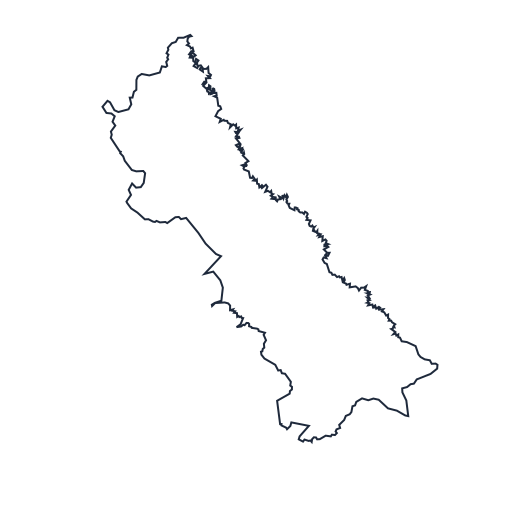 Jericho & Al Aghwar, West Bank, Palestine (Robinson projection), rotated 322°
{"feature_id": "87354302B18647900198549", "entity_name": "Jericho & Al Aghwar", "entity_type": "district", "adm_level": 2, "iso_a3": "PSE", "parent_name": "Palestine", "parent_adm1": "West Bank", "projection": "robinson", "projection_center": [35.498, 31.968], "detail": "fine", "context": "isolated", "style": "outline", "palette": "slate", "viewbox_px": 512, "rotation_deg": 322, "n_neighbors": 0, "source": "geoboundaries", "source_scale": "gbopen_adm2", "svg_char_len": 6046}
<svg xmlns="http://www.w3.org/2000/svg" viewBox="0 0 512 512"><g transform="rotate(322 256 256)"><path d="M340.3,41.3L333.3,39.4L329.0,36.1L324.5,37.9L320.7,36.5L314.8,37.6L313.9,39.5L310.3,41.2L311.0,43.4L308.1,45.1L307.9,46.9L304.7,47.8L303.1,51.5L301.2,51.5L298.6,48.6L293.2,52.2L283.1,48.0L278.0,42.2L273.3,41.8L270.2,43.6L264.0,51.4L260.9,51.4L256.2,55.1L254.0,53.5L251.1,59.7L245.8,61.9L236.2,57.8L234.2,54.0L235.6,45.0L234.5,42.3L226.9,43.9L226.2,51.2L229.8,54.7L230.7,58.9L225.6,61.9L225.4,66.6L218.3,68.6L217.0,71.6L214.3,73.5L213.0,89.8L213.6,90.6L212.3,91.3L212.7,95.7L211.2,100.2L211.1,111.8L213.8,115.6L219.5,119.6L219.6,122.5L212.5,129.3L207.6,130.8L203.6,128.3L203.0,122.6L196.4,125.5L195.1,130.9L187.4,133.4L187.1,134.9L186.9,141.6L189.3,148.8L191.0,158.7L193.9,160.8L196.0,165.5L197.4,167.0L199.2,167.1L201.0,170.4L205.5,173.4L206.3,175.4L216.3,175.8L219.2,177.7L219.6,180.8L224.4,183.0L224.8,202.3L223.9,215.2L225.7,229.8L228.3,234.6L204.4,238.4L212.7,242.0L212.9,253.2L210.4,260.5L201.2,269.9L194.8,267.6L191.2,267.2L190.6,268.4L194.8,267.9L202.7,273.3L204.9,276.2L205.1,279.1L202.2,282.7L205.0,283.9L203.5,284.4L205.5,286.7L203.7,287.2L205.8,289.3L203.7,292.4L205.4,292.6L205.3,293.9L207.1,294.5L206.6,296.0L207.6,297.0L201.8,300.3L196.9,300.1L200.9,302.4L203.6,302.3L204.4,303.5L207.3,302.9L208.6,304.0L208.8,305.3L207.3,307.1L208.7,309.1L208.4,310.0L212.1,313.9L212.7,315.2L211.9,316.8L215.8,322.0L213.5,322.8L212.0,328.6L208.2,330.0L206.1,333.3L204.1,333.4L202.3,335.0L201.0,334.5L199.5,337.1L199.5,342.0L204.2,353.6L203.0,359.9L205.2,361.1L204.2,364.3L206.4,366.7L206.0,376.6L203.2,379.2L203.8,381.2L202.1,383.3L199.6,383.3L197.8,385.2L183.5,383.1L171.5,403.3L172.6,404.1L171.7,405.1L174.1,409.9L173.8,411.6L178.4,411.1L181.4,408.9L193.1,422.4L179.3,425.0L176.8,426.8L178.8,431.2L181.2,430.5L183.7,434.2L185.3,434.9L185.4,436.8L187.4,434.9L190.0,434.5L191.6,436.0L191.3,438.1L193.5,439.6L200.3,440.5L203.9,444.2L205.8,443.5L208.0,445.7L210.7,445.3L210.7,443.3L212.7,442.2L216.4,443.3L217.6,440.3L224.5,439.5L228.3,437.3L232.4,438.4L235.1,437.7L239.5,433.8L242.1,434.7L245.2,432.7L251.9,433.5L255.7,438.8L260.7,440.6L264.2,444.8L266.2,457.3L271.8,464.6L275.4,473.5L277.4,475.9L285.5,462.4L287.4,453.6L289.7,450.3L294.4,452.3L298.9,452.2L301.8,453.8L306.7,452.2L321.0,456.4L329.4,456.3L332.0,453.5L331.3,451.4L328.1,449.1L328.8,445.2L325.3,441.3L323.5,436.9L323.4,433.5L326.3,425.3L321.9,416.7L318.3,412.9L319.2,409.0L318.1,407.6L319.8,405.4L317.6,405.1L318.3,403.1L316.1,402.2L319.0,401.6L317.6,396.8L319.1,397.4L320.3,396.5L321.2,397.5L321.8,395.7L323.7,395.5L322.4,392.0L322.7,390.2L320.8,388.7L322.3,388.0L321.9,386.1L324.0,383.5L321.9,383.1L322.4,379.3L321.1,377.2L323.7,376.4L319.8,374.0L320.0,373.0L321.9,373.0L321.5,371.7L318.3,371.5L319.5,368.3L318.3,368.2L318.3,369.8L316.5,368.8L317.8,365.9L313.9,363.9L316.2,363.0L314.8,361.3L316.2,361.6L316.6,359.7L318.5,360.7L318.0,357.3L319.5,358.8L319.8,355.9L322.2,356.6L320.8,354.0L322.7,355.2L323.5,354.5L321.8,353.4L322.6,352.3L320.9,349.7L324.2,347.6L321.5,347.4L319.4,345.7L315.9,346.6L316.5,344.0L315.8,341.3L310.5,338.4L313.0,335.7L309.6,334.4L310.0,333.3L308.6,330.8L311.2,329.6L311.9,327.7L308.9,328.7L310.5,325.2L308.9,324.5L309.0,323.1L306.9,322.5L306.6,319.2L304.6,317.9L305.1,315.6L303.9,314.0L306.9,305.9L305.8,303.7L306.3,299.7L308.4,298.8L310.2,301.1L310.8,297.9L312.8,297.6L311.7,299.2L312.8,300.2L315.9,298.7L314.1,297.3L313.5,292.6L318.6,293.4L318.5,292.0L315.9,290.4L316.9,289.2L320.1,290.9L318.9,288.7L321.0,287.5L320.9,285.7L317.5,285.0L320.8,281.5L317.5,280.0L320.0,278.9L317.7,277.8L319.5,277.3L318.3,275.7L319.8,273.9L318.1,274.4L315.9,270.5L317.7,271.8L317.8,269.9L320.0,269.2L318.9,268.9L319.2,266.7L317.6,266.8L316.8,265.3L317.4,263.3L320.9,261.5L318.0,258.6L320.1,257.8L319.8,256.2L322.6,254.8L322.7,253.3L321.9,251.3L319.7,252.4L319.3,250.2L317.7,249.0L317.2,247.0L318.0,246.2L317.1,244.6L318.1,244.0L317.2,242.2L316.4,241.6L314.5,243.6L312.2,238.9L312.9,236.2L314.4,235.3L313.1,234.2L313.2,232.2L314.4,231.9L314.7,230.2L317.5,229.1L318.0,226.8L315.8,228.2L315.9,225.7L313.2,227.5L314.4,224.2L312.5,226.9L310.9,223.4L310.3,226.3L308.1,225.0L306.3,225.9L306.1,224.3L307.6,221.9L306.9,221.2L306.7,222.5L305.7,222.6L303.5,220.4L305.8,219.9L304.8,217.6L307.4,217.7L306.6,216.7L308.0,214.1L306.3,214.4L305.5,212.0L302.8,211.1L307.7,208.5L307.7,206.0L302.4,206.1L302.5,204.9L304.4,205.1L304.3,203.8L300.9,204.0L302.5,201.1L301.4,199.7L303.7,196.3L302.0,196.5L300.3,194.8L302.4,194.5L302.6,191.3L300.9,192.1L299.5,190.7L302.4,184.9L299.8,180.5L300.1,179.2L301.9,178.5L300.8,175.9L303.0,176.7L302.7,178.4L303.7,179.1L304.6,178.7L304.9,176.2L308.4,176.6L307.5,168.7L309.5,168.4L310.2,167.0L309.0,167.5L308.0,165.4L312.2,163.6L308.6,163.7L308.3,162.6L310.8,162.1L308.4,161.0L310.6,159.9L308.5,158.6L308.4,156.3L310.9,156.9L311.8,158.9L312.7,158.4L312.6,151.0L315.6,152.7L316.0,151.5L314.0,149.4L317.6,148.3L315.9,146.8L316.1,145.4L318.7,147.7L321.7,147.0L318.9,146.2L321.4,144.1L319.0,143.2L321.2,140.2L319.7,140.3L319.1,138.2L314.7,138.7L317.2,136.7L315.8,133.8L316.5,131.8L314.3,129.9L314.4,128.8L310.0,128.0L312.7,126.2L310.1,120.9L315.4,118.5L319.1,118.7L320.0,116.0L318.8,114.4L322.9,107.3L321.4,104.4L323.8,105.3L325.2,103.0L322.4,101.2L324.9,100.5L325.9,98.6L325.4,97.6L324.5,97.7L324.0,99.9L322.3,98.3L321.0,101.0L320.0,100.6L321.1,99.6L318.8,99.2L319.7,97.9L318.9,96.3L319.5,95.1L321.1,95.2L322.2,96.9L324.6,94.2L324.1,92.6L322.6,94.2L319.8,93.1L319.1,89.4L322.1,89.0L320.1,87.6L322.5,86.8L324.1,88.2L325.9,85.1L329.1,87.4L328.9,84.5L330.6,86.3L332.0,85.6L331.3,82.6L334.6,77.7L332.1,78.0L329.1,75.7L327.7,78.0L326.5,74.3L328.1,73.6L329.8,74.8L329.9,71.8L327.7,70.7L325.4,71.7L323.8,67.9L326.5,67.1L327.4,69.3L328.5,67.3L331.0,66.5L330.1,63.8L327.3,66.0L326.6,63.8L328.5,61.1L325.9,58.8L327.8,57.7L330.0,60.7L332.0,60.7L331.3,57.1L328.0,56.9L327.4,55.9L331.1,54.8L332.9,56.1L334.3,52.8L332.5,52.3L333.0,50.4L331.4,47.3L334.0,47.3L334.0,44.6L336.1,42.6L338.4,42.0L340.5,43.0L340.3,41.3Z" fill="none" stroke="#1e293b" stroke-width="2"/></g></svg>